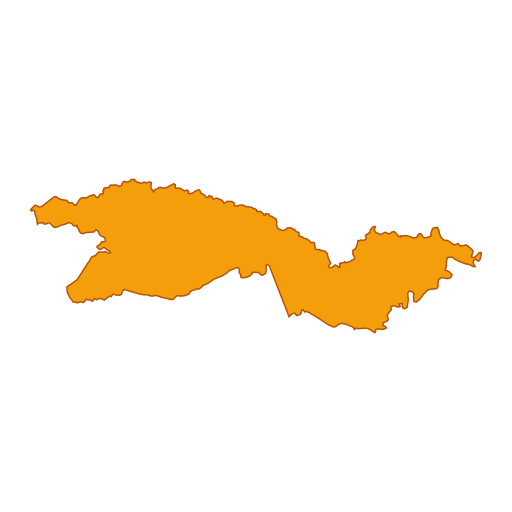 the district of Teocelo, Veracruz, Mexico
{"feature_id": "50627088B17897683861413", "entity_name": "Teocelo", "entity_type": "district", "adm_level": 2, "iso_a3": "MEX", "parent_name": "Mexico", "parent_adm1": "Veracruz", "projection": "orthographic", "projection_center": [-96.937, 19.373], "detail": "fine", "context": "isolated", "style": "filled", "palette": "amber", "viewbox_px": 512, "rotation_deg": 0, "n_neighbors": 0, "source": "geoboundaries", "source_scale": "gbopen_adm2", "svg_char_len": 6041}
<svg xmlns="http://www.w3.org/2000/svg" viewBox="0 0 512 512"><path d="M475.5,259.2L478.1,261.1L478.9,260.9L480.2,258.9L481.3,254.0L481.1,252.8L480.5,252.4L479.0,252.9L475.2,257.0L472.8,257.5L471.4,256.7L473.0,251.9L473.1,250.8L470.0,247.8L466.3,245.0L462.0,245.9L459.8,245.7L458.2,243.6L454.8,244.7L453.7,244.6L447.5,240.4L444.5,240.3L443.0,239.4L441.0,237.4L439.2,232.9L438.8,230.1L437.5,227.6L436.9,228.0L436.6,227.5L433.5,227.9L432.0,229.8L430.9,233.4L431.0,236.0L426.0,237.8L424.0,237.7L423.0,236.9L420.9,233.7L419.2,233.8L418.3,235.1L417.6,235.1L417.3,237.2L413.9,238.0L406.5,235.6L400.6,236.0L400.7,236.8L398.0,236.1L397.1,234.4L394.1,231.6L391.9,232.0L390.0,233.7L388.1,233.7L385.8,232.3L384.7,232.4L382.3,233.8L379.9,234.6L379.3,234.0L375.8,232.5L374.2,229.8L375.7,226.0L375.1,226.7L373.4,226.6L372.5,227.4L370.4,229.7L369.8,232.4L365.4,235.3L366.3,238.2L365.3,239.6L363.8,240.2L362.3,240.4L360.7,240.0L358.7,240.9L357.9,240.6L357.4,244.1L356.1,247.5L355.0,249.2L353.2,249.9L352.6,251.8L353.1,252.7L352.8,254.1L354.7,257.6L353.7,259.6L351.6,260.2L350.4,261.4L346.0,262.8L344.7,261.7L344.4,262.2L340.3,263.5L340.0,263.2L339.6,263.9L340.0,267.2L338.9,267.4L337.4,266.0L335.1,265.0L331.5,267.7L329.2,267.5L328.5,266.2L330.6,263.2L328.5,258.8L327.1,253.2L324.8,251.2L318.9,249.6L315.5,249.4L314.4,243.2L314.1,242.8L312.5,242.3L311.5,242.8L307.8,239.5L306.2,238.6L303.9,238.3L302.0,236.8L298.9,236.2L299.2,234.5L298.8,232.4L296.6,231.8L294.7,230.1L294.6,229.5L294.3,229.8L293.4,229.4L290.8,227.6L289.8,228.3L288.0,227.8L286.2,228.7L284.8,230.1L283.0,230.4L279.5,229.5L277.4,227.6L276.9,226.7L276.8,225.3L276.5,225.0L276.8,222.0L275.9,218.9L274.9,218.3L274.6,218.6L272.1,216.4L270.2,216.1L269.1,215.1L268.8,214.1L265.5,213.7L265.5,215.0L264.0,215.0L263.5,214.5L263.6,214.1L260.6,211.4L258.7,211.8L257.0,211.4L257.2,210.8L255.6,209.0L253.5,208.7L252.2,207.5L248.0,206.6L246.3,206.7L242.7,205.0L239.5,205.2L235.5,206.3L234.0,205.3L234.5,203.8L234.1,203.1L232.0,201.5L227.3,201.3L223.9,203.5L223.3,201.9L222.6,201.4L222.7,201.1L222.1,200.3L216.6,198.1L213.5,199.1L213.0,198.9L211.9,196.5L209.1,195.7L209.3,197.0L206.5,197.4L205.4,196.6L205.2,195.6L202.1,193.5L201.1,193.4L199.7,190.2L198.9,189.7L195.7,190.9L192.5,193.1L189.2,193.8L188.4,192.9L188.5,191.4L187.4,190.1L184.6,190.9L179.6,188.0L177.0,188.3L175.3,187.9L175.3,184.7L173.9,183.7L165.9,187.9L162.1,188.0L160.9,187.4L159.1,187.4L157.2,188.9L155.0,189.5L153.6,192.0L151.2,188.3L150.8,186.1L151.5,183.0L150.0,181.9L146.1,182.9L144.0,182.0L141.5,183.4L137.2,182.1L136.3,181.4L134.7,181.1L134.8,179.6L131.3,179.4L129.9,181.1L127.4,182.1L124.3,181.3L122.6,182.5L121.2,185.7L119.4,186.3L115.7,184.9L111.9,185.2L110.7,185.0L109.8,185.7L108.8,187.4L108.0,187.8L104.7,187.9L103.8,188.5L103.8,190.2L102.9,190.9L102.9,191.7L103.4,192.8L103.1,193.6L100.2,194.2L97.9,197.6L96.6,197.4L95.4,196.4L94.6,195.1L93.7,194.8L92.4,194.9L91.2,195.8L89.7,195.9L86.5,197.9L81.6,197.9L79.7,199.2L76.0,205.2L74.6,205.1L72.1,202.8L68.8,202.7L66.8,200.4L61.2,199.6L58.3,198.3L56.4,196.8L55.5,196.7L54.0,196.9L41.8,206.5L39.2,207.1L36.3,205.5L35.0,205.3L30.7,209.5L30.9,210.6L31.5,211.0L33.1,210.2L34.7,211.2L35.1,214.2L36.8,218.9L37.4,224.3L38.9,222.8L40.9,223.0L42.9,222.6L43.7,223.8L44.7,224.0L46.2,224.0L48.1,222.8L49.3,222.9L50.9,224.1L53.9,227.3L57.9,226.9L60.0,225.5L65.4,224.1L69.1,222.5L72.1,223.9L73.2,225.4L74.7,226.1L77.1,225.3L76.8,226.7L78.7,229.1L79.4,231.6L81.3,233.4L82.8,233.7L86.3,232.5L93.8,232.0L96.0,229.7L98.5,231.4L98.5,232.4L99.1,234.0L100.8,235.8L104.7,237.7L105.5,240.3L105.3,241.0L104.6,241.6L102.1,241.7L101.1,242.5L100.1,244.3L97.1,246.3L97.1,247.4L99.5,249.4L100.8,249.4L104.0,247.2L107.4,250.0L110.1,251.4L110.4,252.8L109.0,253.2L105.0,251.6L103.6,252.2L98.6,252.0L95.3,255.6L91.6,257.0L88.7,262.3L88.4,262.2L77.1,279.8L66.9,287.0L67.3,292.2L69.5,296.9L73.1,301.9L74.3,302.2L75.8,302.0L76.4,302.7L77.9,302.7L80.8,301.6L81.6,302.1L83.3,302.6L85.0,301.0L85.9,299.3L88.5,300.0L90.5,299.6L91.6,301.2L92.9,300.8L94.7,298.5L96.7,299.8L98.7,298.6L100.7,298.5L104.3,300.1L109.3,296.2L111.4,296.5L111.9,295.3L113.0,294.5L113.9,294.3L116.4,295.1L119.5,295.2L121.5,294.4L122.4,291.1L124.2,289.5L139.4,294.0L144.0,294.8L147.2,294.8L150.5,295.9L152.4,296.1L155.2,295.5L158.3,296.0L160.5,297.0L171.8,299.7L173.6,299.1L176.0,296.4L177.3,295.6L180.0,296.1L182.9,295.9L185.2,295.5L188.8,294.1L190.7,291.3L192.8,290.2L194.9,289.9L196.2,288.9L198.8,289.1L201.7,287.0L202.7,285.6L208.1,283.2L213.8,279.2L222.2,275.9L226.6,273.1L229.2,270.7L236.7,267.6L238.0,267.7L238.9,268.7L239.4,270.1L239.1,272.2L240.5,274.4L240.8,277.1L242.7,277.9L247.6,276.9L249.9,275.8L251.8,274.1L252.2,272.5L254.8,272.2L258.7,272.6L260.7,274.7L262.4,275.3L265.3,273.6L266.0,272.0L266.2,265.2L266.9,264.4L269.0,265.6L269.5,266.3L289.1,316.8L291.8,314.0L293.7,313.2L294.9,313.3L296.6,315.6L300.0,314.6L301.0,313.4L302.0,309.6L303.3,309.7L304.0,311.1L305.1,312.1L306.6,311.4L310.0,313.1L318.7,318.3L326.9,323.9L332.6,326.7L334.1,327.0L335.7,326.6L338.5,324.4L341.6,323.3L346.1,324.3L352.1,326.7L353.5,327.6L354.4,329.5L356.0,328.1L358.3,328.7L364.8,328.2L368.1,328.5L374.7,332.6L375.3,332.4L375.9,329.4L377.3,328.9L382.5,329.4L384.9,328.8L386.3,328.0L386.1,327.1L382.7,325.2L383.3,322.9L387.6,320.8L388.3,319.6L387.3,315.6L388.0,313.8L391.2,309.7L390.9,307.3L391.3,306.4L393.6,305.7L395.2,306.0L397.4,307.0L398.8,307.0L400.3,306.4L398.8,304.0L402.1,303.5L402.7,307.7L404.5,308.8L407.1,307.4L408.3,299.9L407.7,293.4L408.7,291.4L410.5,291.2L411.9,291.5L413.1,292.5L413.8,293.7L413.5,296.0L413.7,301.3L416.0,302.1L417.4,301.4L420.0,299.0L423.9,293.7L425.3,292.7L426.6,290.8L429.9,289.3L436.8,288.6L438.2,286.0L437.8,284.8L438.4,280.0L440.0,278.6L441.7,277.5L447.6,278.7L450.4,277.7L451.5,276.1L452.0,274.8L449.0,271.6L445.3,270.2L445.6,267.9L445.9,267.9L446.2,266.7L446.5,260.7L447.4,257.8L448.2,257.3L449.2,257.5L450.3,257.0L452.0,257.2L453.4,257.8L454.6,259.1L459.6,261.6L466.3,264.1L467.4,264.0L470.5,265.0L472.5,266.3L475.1,266.7L473.2,262.5L473.7,259.9L475.5,259.2Z" fill="#f59e0b" stroke="#b45309" stroke-width="1.5"/></svg>